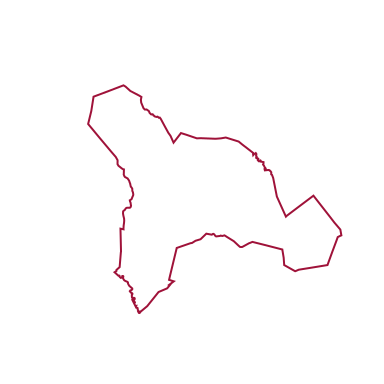 San Cristóbal Amatlán, Oaxaca, Mexico (Albers equal-area conic projection), rotated 149°
{"feature_id": "50627088B79757190065545", "entity_name": "San Cristóbal Amatlán", "entity_type": "district", "adm_level": 2, "iso_a3": "MEX", "parent_name": "Mexico", "parent_adm1": "Oaxaca", "projection": "albers", "projection_center": [-96.353, 16.302], "detail": "fine", "context": "isolated", "style": "outline", "palette": "rose", "viewbox_px": 384, "rotation_deg": 149, "n_neighbors": 0, "source": "geoboundaries", "source_scale": "gbopen_adm2", "svg_char_len": 4939}
<svg xmlns="http://www.w3.org/2000/svg" viewBox="0 0 384 384"><g transform="rotate(149 192 192)"><path d="M246.0,303.8L246.0,303.7L243.2,285.3L240.5,268.3L239.3,261.3L239.4,258.4L239.4,257.7L239.9,256.7L240.1,256.5L241.5,254.2L241.5,252.3L240.7,250.2L240.2,248.8L239.7,247.6L239.3,247.1L239.0,246.4L238.8,246.3L241.1,242.7L241.4,242.4L241.6,241.8L241.7,240.8L241.8,240.6L241.8,240.0L241.7,239.3L241.4,238.8L241.0,238.2L240.7,237.6L240.4,237.1L240.2,236.8L240.2,236.2L240.1,234.9L240.1,234.1L240.2,233.4L240.5,232.4L240.6,231.5L240.8,230.6L241.1,230.1L241.2,229.5L241.4,229.1L241.7,228.1L241.6,227.8L241.6,227.6L241.5,227.1L241.5,226.8L241.5,226.2L241.5,225.6L241.7,225.3L241.8,225.1L242.0,224.7L242.3,224.2L242.6,223.6L242.8,222.1L243.1,221.4L243.5,220.3L244.2,219.4L245.4,218.6L246.7,217.6L247.5,217.0L248.6,216.9L249.4,216.9L249.6,216.9L249.8,216.4L250.0,215.7L250.1,214.8L250.3,214.1L250.8,213.1L251.1,212.2L251.3,211.7L251.8,211.3L252.0,210.9L252.5,210.7L253.3,210.5L254.1,210.9L254.6,211.3L255.3,211.7L255.8,211.9L256.2,212.1L256.7,212.1L257.3,212.0L257.8,211.8L258.4,211.4L259.2,211.2L259.7,211.2L260.2,211.1L261.0,210.9L262.0,209.4L262.3,208.9L263.1,206.8L263.9,204.2L264.9,202.3L266.2,200.5L267.9,198.4L269.6,195.9L269.9,195.3L272.2,197.4L277.1,188.8L283.6,177.4L284.0,177.0L292.7,164.9L296.9,164.1L297.5,163.2L299.7,163.1L298.2,158.1L297.9,158.0L297.5,157.9L297.3,157.6L297.5,157.2L297.7,156.5L297.3,155.1L297.0,155.0L296.4,154.8L295.8,154.8L295.6,155.0L295.3,155.5L295.2,155.8L294.8,155.8L294.5,155.6L294.3,155.3L294.3,155.1L294.5,154.8L294.7,154.6L295.2,154.2L295.5,154.0L295.4,153.7L295.6,153.4L295.6,153.2L295.6,152.5L295.6,151.6L295.4,150.9L295.2,150.5L294.7,149.7L294.4,149.3L294.0,148.7L293.6,148.2L293.5,147.7L293.5,147.4L293.7,147.1L293.9,146.8L294.0,146.3L294.1,145.5L294.1,144.0L294.0,143.4L293.7,142.9L293.6,142.1L293.3,141.6L293.2,141.0L293.0,140.5L292.9,140.2L293.0,139.8L293.2,139.6L293.4,139.3L293.8,139.2L294.2,139.2L294.5,139.1L295.1,139.2L295.2,139.3L295.5,139.4L295.8,139.3L296.1,139.1L296.4,139.0L296.4,138.7L296.3,138.0L296.1,137.4L296.1,137.1L296.0,136.7L295.8,136.5L295.7,136.4L295.5,136.2L295.4,136.0L295.4,135.8L295.4,135.6L295.5,135.4L295.8,135.1L296.1,135.1L296.3,135.0L296.5,134.9L296.6,134.5L296.8,134.4L297.0,134.1L297.2,133.7L297.3,133.5L297.5,133.1L297.7,132.7L297.8,132.4L297.8,132.0L297.7,131.6L297.6,131.4L297.4,131.4L297.2,131.5L296.6,131.4L296.2,131.1L295.9,130.7L296.1,130.2L296.1,129.9L296.4,129.7L296.8,129.4L297.0,129.3L297.2,129.2L297.6,129.4L297.7,129.5L297.8,129.7L297.9,130.0L298.1,130.4L298.3,130.3L298.7,130.3L298.9,127.6L298.7,127.6L298.4,127.6L298.1,127.5L297.9,127.4L297.7,127.1L297.8,126.7L298.2,126.5L298.8,126.3L299.0,126.2L299.2,123.6L298.7,123.3L298.5,123.2L299.0,122.9L299.1,122.7L299.3,122.5L299.4,121.5L299.2,121.3L298.9,121.2L298.7,121.1L298.5,120.9L298.4,120.7L298.5,120.3L298.6,120.1L299.0,119.3L299.2,119.0L299.2,118.6L299.1,118.0L299.2,117.7L299.7,117.5L299.8,116.2L299.7,116.2L299.7,115.8L299.5,115.5L299.3,115.3L299.1,115.3L298.5,115.5L298.3,115.7L298.4,115.9L298.2,116.0L297.8,116.2L297.7,116.2L297.4,115.9L297.0,116.0L289.2,117.2L272.2,123.5L262.9,122.2L258.7,123.7L259.2,124.2L253.6,124.8L256.9,128.5L254.4,131.1L233.9,151.9L222.1,149.4L219.7,148.9L218.2,148.3L214.1,148.4L209.0,147.1L201.2,148.9L197.0,145.2L195.7,145.3L195.1,145.0L194.7,144.0L194.7,142.7L194.2,141.5L190.6,139.9L189.9,139.9L188.7,138.7L186.5,138.1L185.9,137.0L185.4,135.9L181.5,128.3L179.9,122.6L179.2,120.3L178.5,119.7L177.2,119.0L169.4,118.7L168.6,118.5L165.9,118.1L156.4,108.6L144.2,96.2L147.3,88.4L150.6,81.9L144.4,71.0L144.2,70.9L140.5,70.4L138.0,69.4L129.8,66.1L123.3,63.5L114.0,59.8L113.5,59.6L101.9,69.0L101.5,69.3L93.1,76.0L90.3,78.3L87.7,78.1L86.3,77.9L84.2,83.4L85.7,92.4L86.6,100.2L89.8,126.3L107.1,124.5L123.0,122.8L124.2,122.5L121.6,144.4L115.2,162.2L114.6,165.5L115.0,166.3L114.9,166.5L113.9,168.1L114.0,169.5L114.5,170.5L114.4,170.8L115.1,171.5L118.4,173.0L118.1,174.0L117.2,173.4L116.7,174.2L116.8,175.2L117.0,175.5L116.7,177.9L117.0,178.9L115.9,179.8L115.3,180.8L117.4,182.6L117.5,182.7L117.3,183.2L117.0,183.6L117.1,183.8L117.9,183.6L118.8,183.8L119.0,184.3L119.2,185.6L119.0,185.9L118.1,186.0L118.0,186.4L118.4,187.1L119.4,188.0L119.3,188.4L118.5,188.7L118.3,189.1L118.5,189.6L118.4,190.1L117.5,191.0L117.2,191.6L117.3,192.5L118.2,192.3L119.0,192.6L120.5,192.1L120.1,193.1L119.4,193.9L124.6,207.2L126.0,211.2L135.0,221.3L139.6,223.1L144.4,225.5L156.9,233.7L160.2,235.5L167.3,243.9L171.1,248.2L182.4,243.8L181.5,251.2L181.8,255.0L181.5,262.5L181.1,270.9L181.3,272.4L182.1,272.6L182.7,274.3L183.6,274.5L184.9,275.8L185.2,276.3L185.2,276.7L185.3,277.2L185.6,277.5L185.6,278.5L185.7,278.9L186.9,279.4L187.2,279.8L187.3,280.6L187.6,281.6L187.3,283.6L188.4,286.1L190.0,287.0L190.4,288.9L189.5,294.8L188.3,297.4L186.4,299.5L187.6,301.8L192.8,310.3L194.7,316.6L195.8,318.7L210.5,321.3L227.3,324.4L236.6,313.3L246.0,303.8Z" fill="none" stroke="#9f1239" stroke-width="2"/></g></svg>